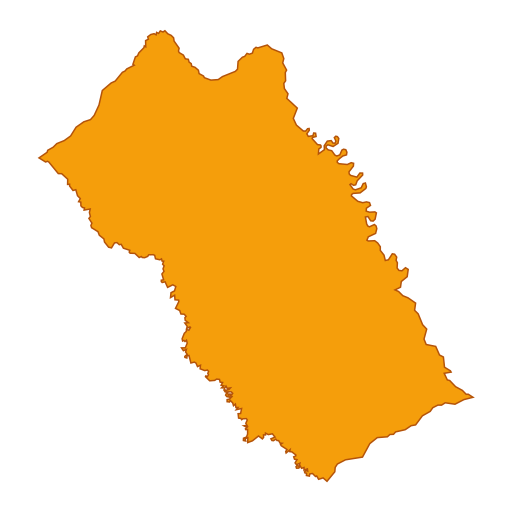 Yopal, Casanare, Colombia
{"feature_id": "7082276B99207474078135", "entity_name": "Yopal", "entity_type": "district", "adm_level": 2, "iso_a3": "COL", "parent_name": "Colombia", "parent_adm1": "Casanare", "projection": "orthographic", "projection_center": [-72.279, 5.237], "detail": "fine", "context": "isolated", "style": "filled", "palette": "amber", "viewbox_px": 512, "rotation_deg": 0, "n_neighbors": 0, "source": "geoboundaries", "source_scale": "gbopen_adm2", "svg_char_len": 6022}
<svg xmlns="http://www.w3.org/2000/svg" viewBox="0 0 512 512"><path d="M39.0,157.9L45.6,162.0L47.5,161.3L48.8,162.0L58.3,173.6L61.7,173.7L67.7,179.2L67.6,184.4L69.6,184.2L69.6,186.0L73.0,190.5L75.8,189.7L77.5,195.7L80.3,198.6L78.6,201.7L80.8,202.1L80.9,205.8L82.5,207.5L84.5,207.9L84.1,210.1L90.2,209.0L89.4,212.5L90.4,216.5L88.9,218.4L91.9,223.1L90.9,225.5L91.6,227.7L98.0,231.7L99.3,235.2L103.9,238.9L104.5,242.0L108.6,247.2L111.5,247.9L114.5,242.9L117.0,242.6L119.3,244.7L121.2,244.3L123.4,248.2L129.8,250.3L129.2,252.1L130.1,253.2L134.9,253.4L139.2,257.5L141.3,256.5L142.2,257.5L144.6,257.7L147.7,256.4L148.7,254.8L153.3,254.7L154.7,255.4L155.5,258.8L159.9,259.8L161.5,258.9L162.1,261.1L163.7,261.2L162.6,264.2L164.1,265.8L163.0,268.9L164.0,271.3L161.9,274.0L163.6,279.8L161.3,280.2L161.3,281.6L162.2,282.5L165.1,281.8L167.6,287.4L172.8,284.8L175.8,286.5L174.5,290.9L171.0,292.7L170.5,297.6L174.6,295.2L175.0,299.8L178.6,300.1L178.8,301.6L175.5,308.4L179.7,310.5L180.9,314.0L184.2,314.2L186.1,316.3L184.9,317.7L185.2,320.3L188.3,322.7L184.8,323.0L187.2,326.3L186.7,328.4L189.9,326.9L190.5,327.4L188.9,330.2L186.4,329.5L186.3,331.4L184.3,333.3L182.1,338.8L182.6,341.0L183.9,340.4L185.0,341.5L186.5,340.2L187.2,343.2L185.3,347.8L181.5,347.9L183.4,350.7L186.4,349.4L185.6,352.0L187.2,354.3L184.8,356.4L184.9,357.4L186.8,358.0L187.0,355.8L189.0,355.5L190.9,363.0L194.4,362.1L196.0,363.1L197.5,366.6L200.5,365.2L200.1,368.8L204.8,370.6L207.4,370.0L208.6,371.4L207.8,373.4L208.5,374.8L207.4,376.5L205.9,375.9L205.5,376.7L209.7,380.8L214.7,380.4L216.6,379.1L219.5,379.4L220.1,382.1L222.6,382.5L221.1,385.2L223.7,385.9L221.6,387.8L224.8,388.0L226.0,386.1L227.2,388.4L230.4,387.9L229.1,389.4L225.8,390.4L224.4,389.3L223.9,390.0L225.2,391.9L231.2,391.8L232.7,393.3L232.1,394.3L229.7,394.0L228.3,395.2L227.7,392.7L226.4,393.4L225.6,395.1L226.8,396.6L229.8,397.2L230.4,395.1L232.1,396.5L229.4,399.1L227.1,399.6L227.1,401.7L229.5,402.0L230.1,400.3L232.7,402.9L233.5,405.7L235.4,404.1L235.9,407.5L238.0,407.5L236.3,409.7L241.6,408.5L240.6,413.5L238.1,413.7L238.6,418.1L240.8,418.4L241.7,419.7L242.8,418.8L246.3,418.6L247.3,419.9L245.8,423.3L247.0,425.4L243.9,425.8L246.0,426.9L248.1,426.3L245.4,428.9L245.9,429.7L247.6,429.5L247.6,434.1L246.5,437.0L243.5,438.2L243.4,440.5L245.7,441.0L245.1,438.7L247.8,437.7L247.7,442.6L252.5,440.8L258.5,436.0L262.4,438.9L263.6,437.4L263.5,434.9L265.5,434.9L265.5,433.1L268.3,434.6L272.4,433.8L275.0,437.1L270.9,438.8L271.9,440.5L273.5,440.7L275.8,439.1L277.0,440.5L278.6,440.6L280.1,443.1L282.0,443.3L280.5,444.3L281.2,445.7L287.0,449.5L285.7,451.5L286.1,453.0L290.1,449.6L289.7,451.6L291.9,451.9L295.8,454.9L295.8,455.9L293.7,456.8L294.5,459.2L297.0,459.6L295.1,462.9L296.5,464.7L299.9,463.2L299.1,466.4L297.4,465.6L296.0,466.7L296.5,468.2L298.8,468.1L300.2,466.0L301.6,468.3L304.0,467.5L304.0,470.1L307.4,468.9L307.7,471.1L306.4,470.4L304.5,471.8L304.9,472.9L306.6,473.3L306.4,475.5L309.4,476.1L309.8,473.9L312.5,473.5L315.5,476.5L316.7,476.0L318.6,479.3L323.1,477.9L327.0,481.3L334.8,471.8L335.2,467.4L337.4,464.0L345.5,459.8L362.5,457.1L369.8,443.6L377.3,437.6L387.4,436.8L389.9,434.5L393.5,434.3L395.6,431.9L405.2,429.7L411.1,425.7L415.6,424.9L422.4,415.8L430.2,411.4L432.8,407.7L437.9,405.1L441.6,405.1L445.2,402.8L455.0,404.2L463.9,399.6L473.0,397.3L468.2,394.2L466.2,394.3L462.4,390.4L455.6,386.7L449.7,380.5L447.3,379.9L444.2,373.3L451.1,372.1L450.4,370.8L444.5,367.2L443.4,357.0L439.5,355.0L435.7,346.4L426.2,344.5L424.0,339.1L426.7,329.1L422.6,324.7L418.2,313.9L414.6,310.3L415.6,303.1L408.0,297.8L402.8,295.7L398.6,291.5L395.0,289.9L400.5,287.2L401.3,281.5L407.2,276.7L408.2,269.4L405.5,267.7L401.9,270.8L398.9,270.4L397.1,268.0L397.4,262.8L396.1,260.3L396.7,257.1L394.6,254.2L392.3,253.8L388.4,259.8L385.3,260.5L384.0,255.1L380.3,250.4L380.3,246.7L377.7,243.0L374.7,240.7L368.3,241.0L366.9,240.2L368.3,236.8L375.6,233.4L376.8,228.7L376.1,226.0L374.4,224.5L369.5,226.8L368.0,226.2L366.7,224.1L365.4,217.0L367.9,216.5L370.7,220.8L373.1,221.1L375.1,219.2L376.4,212.9L374.9,211.9L369.5,212.2L366.2,211.1L366.4,208.2L370.5,205.4L369.5,202.6L366.5,201.9L362.7,202.7L357.8,201.3L351.4,195.9L351.6,194.5L353.1,193.4L360.1,192.9L365.8,188.5L366.4,186.8L365.4,183.0L363.2,183.6L361.2,187.8L355.5,189.8L353.2,189.1L349.9,184.6L351.0,183.7L353.6,185.3L355.7,184.8L357.2,180.8L362.7,175.0L362.6,173.1L359.9,173.0L356.9,177.1L350.6,175.4L349.2,173.9L349.0,171.8L353.4,166.1L353.6,163.3L351.2,162.7L347.3,164.5L339.0,163.7L337.3,162.4L337.2,160.9L339.6,158.5L342.8,156.0L346.5,154.9L346.9,152.2L345.8,149.7L343.6,149.2L341.9,150.1L339.8,154.9L336.8,156.0L334.9,155.1L331.7,150.7L328.2,149.9L326.0,147.8L326.2,146.0L327.9,144.8L333.1,146.5L338.0,143.3L338.8,138.5L337.4,136.6L335.8,136.2L334.3,137.6L335.9,141.1L335.0,143.2L333.0,143.1L331.2,140.6L327.3,141.1L324.2,145.8L324.4,149.7L318.4,154.0L318.8,149.0L321.0,147.4L321.1,146.0L320.5,145.0L317.5,144.6L312.1,138.6L312.5,137.5L316.1,136.5L315.6,133.2L313.7,133.0L312.9,135.7L308.3,136.4L306.8,133.8L309.3,130.3L309.1,128.5L307.6,128.7L305.6,131.1L303.3,131.0L296.4,125.1L293.3,118.4L297.3,108.1L286.8,98.4L288.0,93.8L284.4,88.6L283.8,83.4L285.6,80.8L285.3,72.5L286.6,70.1L282.7,62.9L283.8,58.6L281.8,52.9L271.7,48.8L267.3,45.0L257.8,47.9L256.0,47.3L253.6,49.3L252.4,53.1L249.4,54.2L247.0,53.4L244.7,56.4L242.4,57.2L238.1,61.4L237.5,69.2L235.3,71.4L222.4,76.6L218.2,79.6L210.9,80.1L204.4,77.7L203.5,76.0L199.1,73.6L198.4,70.2L195.0,67.3L191.7,66.2L191.2,63.6L189.1,62.1L188.3,59.3L185.3,58.8L183.4,55.1L179.2,52.6L178.5,51.1L179.1,48.2L174.1,41.1L173.6,37.8L171.2,35.4L167.8,33.8L164.9,30.7L163.0,32.0L160.3,30.9L158.6,33.4L156.6,32.4L156.1,34.8L154.1,33.7L150.8,34.5L147.7,36.8L148.4,39.2L145.6,40.6L145.7,46.8L144.3,45.9L143.9,47.7L138.8,52.9L137.5,55.9L135.4,56.9L132.9,64.3L134.2,65.2L126.8,68.9L124.9,71.1L122.4,72.3L115.2,81.1L111.1,83.0L102.3,90.5L99.0,105.0L94.2,115.4L90.5,119.6L83.8,121.8L76.1,127.2L70.6,136.0L64.2,140.6L56.8,143.6L53.2,147.2L47.7,150.3L47.1,152.3L39.0,157.9Z" fill="#f59e0b" stroke="#b45309" stroke-width="1.5"/></svg>